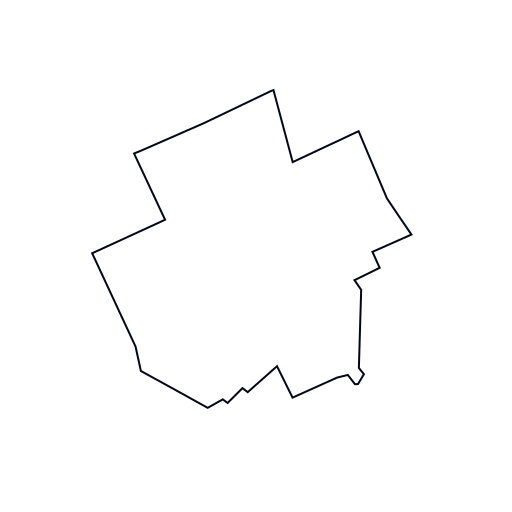 outline of Lamoille, Vermont, United States of America, rotated 218°
{"feature_id": "52423323B54117752265696", "entity_name": "Lamoille", "entity_type": "district", "adm_level": 2, "iso_a3": "USA", "parent_name": "United States of America", "parent_adm1": "Vermont", "projection": "orthographic", "projection_center": [-72.691, 44.6], "detail": "fine", "context": "isolated", "style": "outline", "palette": "ink", "viewbox_px": 512, "rotation_deg": 218, "n_neighbors": 0, "source": "geoboundaries", "source_scale": "gbopen_adm2", "svg_char_len": 594}
<svg xmlns="http://www.w3.org/2000/svg" viewBox="0 0 512 512"><g transform="rotate(218 256 256)"><path d="M295.2,110.5L286.5,103.3L275.9,94.5L239.7,100.4L200.6,106.6L193.9,122.6L187.9,122.7L185.3,143.6L178.7,143.6L171.6,182.1L140.0,166.9L117.2,210.2L110.4,218.8L99.1,215.9L96.8,217.9L98.2,229.3L106.0,231.1L152.3,294.1L163.5,297.6L151.3,322.8L166.8,331.0L146.7,368.6L165.9,374.7L188.3,382.0L252.0,417.5L284.9,352.6L344.4,397.5L345.7,395.4L377.7,330.9L380.2,326.1L411.4,268.3L415.2,261.7L350.0,228.6L353.2,222.3L386.8,157.3L295.2,110.5Z" fill="none" stroke="#020617" stroke-width="2"/></g></svg>